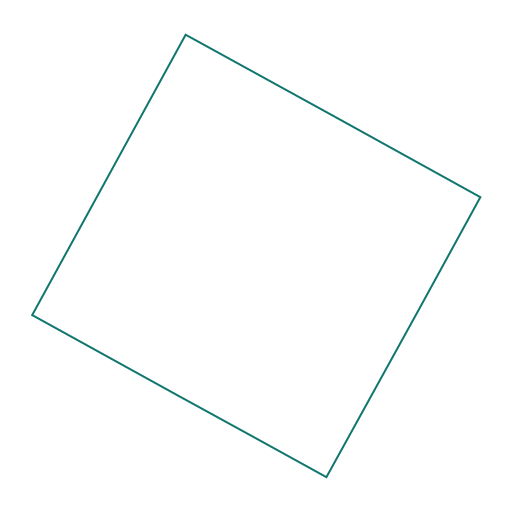 Mahaska, Iowa, United States of America (Natural Earth projection), rotated 209°
{"feature_id": "52423323B68669708686879", "entity_name": "Mahaska", "entity_type": "district", "adm_level": 2, "iso_a3": "USA", "parent_name": "United States of America", "parent_adm1": "Iowa", "projection": "natural_earth1", "projection_center": [-92.705, 41.335], "detail": "fine", "context": "isolated", "style": "outline", "palette": "teal", "viewbox_px": 512, "rotation_deg": 209, "n_neighbors": 0, "source": "geoboundaries", "source_scale": "gbopen_adm2", "svg_char_len": 265}
<svg xmlns="http://www.w3.org/2000/svg" viewBox="0 0 512 512"><g transform="rotate(209 256 256)"><path d="M87.2,96.7L87.6,289.0L88.3,416.2L256.2,416.0L424.8,415.4L423.1,95.8L254.8,96.1L171.3,96.5L87.2,96.7Z" fill="none" stroke="#0f766e" stroke-width="2"/></g></svg>